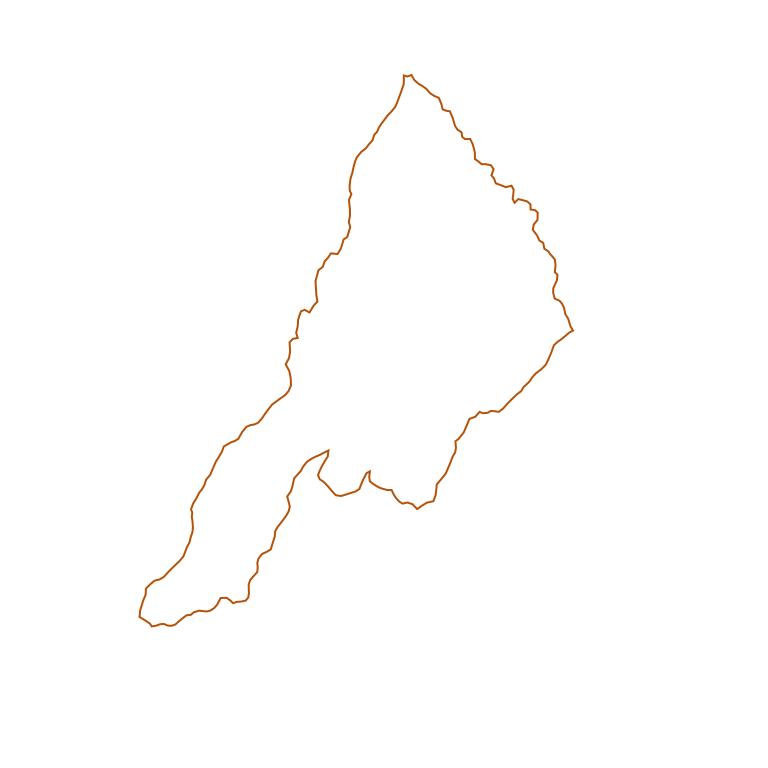 Quatá, São Paulo, Brazil (Equal Earth projection), rotated 18°
{"feature_id": "56859067B88026313234956", "entity_name": "Quatá", "entity_type": "district", "adm_level": 2, "iso_a3": "BRA", "parent_name": "Brazil", "parent_adm1": "São Paulo", "projection": "equal_earth", "projection_center": [-50.659, -22.229], "detail": "fine", "context": "isolated", "style": "outline", "palette": "amber", "viewbox_px": 768, "rotation_deg": 18, "n_neighbors": 0, "source": "geoboundaries", "source_scale": "gbopen_adm2", "svg_char_len": 4077}
<svg xmlns="http://www.w3.org/2000/svg" viewBox="0 0 768 768"><g transform="rotate(18 384 384)"><path d="M547.2,274.7L543.5,271.5L538.9,264.9L535.0,261.7L531.6,255.8L528.5,252.6L525.4,250.7L519.8,249.9L516.7,244.9L515.4,240.7L515.9,236.3L516.4,231.7L515.2,226.5L511.8,224.7L510.6,218.5L508.1,212.9L504.9,210.8L502.0,209.2L499.1,207.0L494.7,205.8L491.8,200.6L487.4,199.5L483.9,195.6L477.8,191.3L477.1,186.0L479.3,180.6L477.2,173.5L473.9,172.0L469.5,172.7L467.8,167.9L463.7,166.1L459.3,166.3L454.6,166.6L452.2,171.3L449.1,168.1L448.4,163.8L447.3,159.2L444.0,156.0L438.9,159.2L433.9,158.8L428.3,158.6L425.1,154.5L421.7,152.4L421.9,145.8L418.0,142.9L412.9,143.5L409.0,144.8L405.1,143.2L401.0,141.9L398.9,135.8L396.5,131.9L393.9,128.1L390.2,124.3L385.4,126.1L381.9,124.7L380.0,120.7L375.2,119.3L371.9,116.7L369.5,113.2L367.3,110.0L364.7,107.0L362.4,104.3L358.8,104.9L354.9,104.7L352.2,100.2L347.7,94.9L342.8,94.5L338.2,93.3L333.1,90.2L328.7,88.8L323.8,87.7L319.0,85.6L314.6,81.7L311.2,84.3L307.5,84.5L308.9,88.6L310.1,92.9L310.0,100.7L309.7,107.4L309.5,112.5L309.0,117.0L307.0,122.2L304.8,126.7L303.5,130.4L301.1,137.2L299.9,141.8L299.5,146.3L297.7,150.0L297.7,155.8L295.4,161.2L294.1,165.1L290.6,170.4L288.2,176.5L287.7,180.9L288.0,187.0L288.6,192.5L288.7,199.2L289.9,205.6L291.7,210.8L294.3,213.4L293.8,219.7L295.3,223.3L297.3,227.5L299.7,234.6L300.4,240.6L303.4,245.3L303.6,255.6L300.9,259.0L301.1,263.9L301.1,268.5L299.7,274.7L293.1,276.2L291.6,281.5L289.7,285.6L289.6,291.5L286.5,296.1L287.1,307.4L292.1,320.1L295.2,326.1L293.0,330.8L291.0,339.0L285.6,338.0L282.6,340.5L282.4,344.9L282.5,349.6L284.0,355.1L284.7,362.5L287.7,366.9L283.4,369.2L281.3,373.5L284.6,381.9L285.7,388.6L284.4,395.7L289.8,400.8L293.3,406.9L296.0,414.1L295.4,420.2L293.5,425.0L290.3,429.2L283.9,438.2L281.5,444.7L279.8,450.0L278.4,455.0L276.1,459.9L273.3,462.5L269.8,464.3L266.4,467.2L264.0,473.2L262.4,481.1L259.7,484.3L256.7,486.6L253.4,490.2L251.0,492.9L250.7,498.8L249.5,504.4L248.1,509.8L247.3,517.9L246.8,524.0L244.4,529.9L244.4,535.8L243.4,540.5L241.9,544.2L240.9,550.6L239.4,556.9L239.2,562.8L241.4,565.6L242.2,569.6L244.4,574.0L246.6,579.5L247.6,584.2L247.5,589.4L248.0,594.8L247.0,599.8L246.8,604.7L246.5,609.9L244.2,615.7L239.8,623.8L237.2,628.9L234.3,635.4L230.9,639.3L226.7,641.8L223.6,646.6L220.8,652.1L222.4,658.0L221.9,664.3L222.0,670.0L222.1,674.8L223.5,681.1L230.8,682.9L235.3,684.2L238.1,686.3L242.2,684.1L245.5,681.5L249.1,680.2L252.8,680.6L256.5,679.7L259.8,677.3L262.4,672.9L264.8,669.0L267.7,665.0L271.6,663.2L273.7,659.9L278.2,656.7L285.5,655.2L288.8,653.2L291.7,649.6L293.5,645.5L294.8,638.0L300.5,636.0L305.2,637.5L308.1,639.1L311.6,636.6L315.5,635.0L319.4,632.7L320.9,628.9L320.2,624.6L318.7,620.7L317.2,616.2L317.4,611.5L319.4,606.9L321.6,601.9L320.5,597.3L318.8,593.3L318.6,588.7L320.5,583.3L324.1,580.1L327.4,576.4L327.3,570.5L327.2,562.8L326.0,557.6L327.0,552.8L328.7,548.3L330.4,543.4L331.8,539.2L332.7,534.4L332.3,529.7L329.4,525.0L326.7,520.9L328.5,515.0L328.6,510.6L328.2,506.3L327.7,501.5L329.8,496.8L331.8,492.4L332.6,487.6L334.7,482.0L337.5,478.2L341.1,474.5L345.3,470.9L348.0,468.0L351.7,464.4L352.9,470.4L351.5,475.7L350.4,481.1L349.7,485.9L349.4,491.1L352.4,494.5L356.5,495.6L361.4,498.1L367.4,501.8L372.5,504.7L377.8,503.8L382.9,500.2L387.1,497.2L390.0,495.2L393.0,491.5L393.6,482.5L394.9,474.3L397.5,471.5L398.8,477.3L400.7,480.9L403.9,482.2L408.5,483.4L411.6,484.0L415.3,484.1L419.7,483.8L424.0,482.5L427.9,486.6L430.8,488.8L434.7,491.1L438.7,492.0L442.8,489.5L448.2,489.5L454.2,492.7L457.5,488.3L461.3,483.7L467.2,480.2L467.4,473.6L466.5,468.9L465.2,463.1L468.4,455.4L470.4,450.0L471.4,438.6L471.7,432.1L472.8,427.1L472.1,422.3L469.6,416.4L471.8,413.4L474.8,405.4L475.6,396.4L476.0,390.8L480.9,387.0L483.5,381.0L487.2,381.2L491.6,379.3L493.9,376.6L497.7,375.7L501.8,375.0L504.9,370.5L507.5,364.4L510.4,358.7L513.8,352.5L516.7,348.3L517.7,343.7L521.4,337.1L523.0,331.6L525.2,326.9L528.9,321.6L531.9,315.8L532.8,309.3L533.4,302.2L533.6,294.6L536.2,290.1L538.6,286.9L541.4,282.6L544.0,278.3L547.2,274.7Z" fill="none" stroke="#b45309" stroke-width="2"/></g></svg>